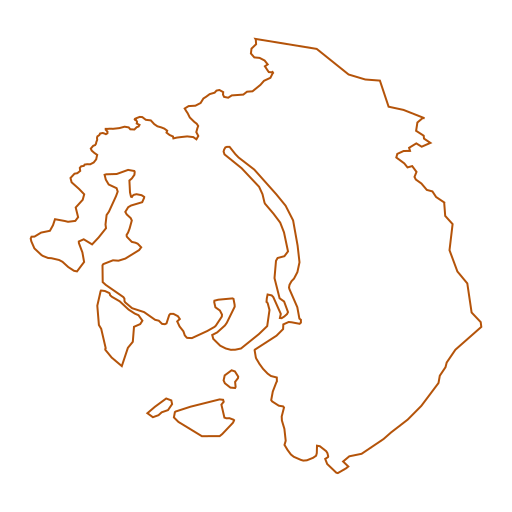 Ketchikan Gateway, United States of America (Robinson projection)
{"feature_id": "52423323B88813000222889", "entity_name": "Ketchikan Gateway", "entity_type": "district", "adm_level": 2, "iso_a3": "USA", "parent_name": "United States of America", "parent_adm1": "", "projection": "robinson", "projection_center": [-131.311, 55.562], "detail": "fine", "context": "isolated", "style": "outline", "palette": "amber", "viewbox_px": 512, "rotation_deg": 0, "n_neighbors": 0, "source": "geoboundaries", "source_scale": "gbopen_adm2", "svg_char_len": 5707}
<svg xmlns="http://www.w3.org/2000/svg" viewBox="0 0 512 512"><path d="M31.5,236.7L30.7,238.6L31.3,241.3L34.4,248.4L41.4,255.0L42.8,255.9L48.1,258.0L51.4,258.2L59.1,260.0L62.5,261.8L68.3,267.1L74.0,270.8L77.0,271.4L84.1,262.0L82.4,252.4L78.9,243.1L78.8,241.5L83.7,239.3L92.1,244.4L98.6,237.5L106.0,228.2L105.5,224.5L106.6,215.0L108.9,211.7L116.0,196.2L117.7,191.6L116.6,188.2L108.7,184.5L105.8,179.6L104.6,174.8L106.3,174.3L116.7,174.0L128.1,169.9L134.3,171.0L134.7,171.9L134.4,174.8L131.8,178.5L129.4,180.5L130.0,192.4L131.0,196.7L131.9,197.0L132.7,195.7L133.9,194.8L136.5,194.2L141.6,195.2L144.2,196.9L144.1,197.9L142.2,202.2L131.1,205.5L128.2,207.2L125.3,211.9L126.7,214.4L130.7,218.1L131.8,220.5L129.6,228.5L128.1,232.5L126.6,234.9L126.7,236.2L127.1,237.0L131.8,241.9L135.4,242.7L137.7,243.7L141.2,247.3L139.1,250.1L125.3,258.6L118.5,260.7L113.0,260.3L103.3,264.1L102.5,265.3L102.7,282.1L105.9,285.0L123.4,297.1L124.4,298.6L124.5,301.2L125.2,302.4L132.1,308.2L144.1,312.1L155.1,319.8L158.8,320.7L162.1,323.9L164.9,324.2L166.5,323.4L169.2,315.1L170.3,313.9L173.5,313.9L177.9,316.2L179.8,319.0L177.2,321.4L179.6,326.5L183.4,331.3L184.8,335.4L186.8,337.7L187.5,337.9L191.9,338.1L207.3,331.0L214.5,326.9L215.8,325.7L221.8,316.6L222.0,314.6L219.9,310.5L215.4,307.3L214.2,302.1L214.4,300.7L218.3,299.7L232.5,298.4L233.5,298.9L234.6,304.7L234.7,306.7L226.8,322.8L224.9,325.5L217.2,332.4L212.2,335.0L213.3,338.9L220.2,345.7L225.8,348.5L230.8,349.8L235.3,349.7L241.0,348.5L258.9,334.1L267.2,326.1L269.5,310.0L267.9,303.9L267.3,302.5L266.5,301.9L266.8,298.4L267.6,294.5L271.7,295.4L273.3,297.1L280.8,313.9L279.9,318.0L281.6,318.2L284.3,316.5L287.0,314.1L288.0,312.1L284.1,301.5L279.6,298.3L274.5,278.1L276.0,260.8L277.6,258.0L284.4,256.2L288.0,251.4L284.0,232.4L280.2,222.6L273.5,213.7L265.0,203.7L264.5,202.6L262.5,194.2L259.1,186.8L241.6,168.2L224.5,154.4L223.6,151.6L224.1,149.6L225.4,147.4L226.8,146.9L229.6,146.9L235.4,154.2L238.6,157.5L254.3,169.6L276.3,194.3L285.6,205.7L293.1,220.4L297.6,245.6L299.5,262.3L297.4,272.1L294.0,278.6L291.5,281.2L289.5,284.8L289.0,287.6L289.5,289.3L297.3,307.2L299.4,318.6L300.9,319.8L300.9,322.6L299.6,323.8L291.7,322.3L288.7,322.0L283.3,324.4L283.1,329.1L276.5,335.7L254.8,349.7L254.6,350.1L255.8,357.3L256.2,358.5L258.1,361.6L259.3,363.7L263.0,368.8L267.6,373.6L270.9,376.0L276.8,377.5L276.9,381.4L276.3,382.4L272.8,391.5L271.2,400.1L272.1,401.4L278.8,405.7L283.1,406.4L284.0,407.5L281.7,416.5L281.9,420.5L284.4,428.9L285.7,440.8L284.5,444.9L287.5,449.9L290.9,454.5L293.8,456.8L300.9,459.9L303.3,460.6L306.9,460.3L313.1,457.8L316.1,455.7L316.8,453.1L317.0,445.7L319.8,446.2L326.2,451.2L327.4,453.1L328.2,456.3L328.0,457.1L325.2,458.9L327.2,464.0L336.3,472.7L337.8,473.1L346.1,468.3L348.3,466.5L343.1,461.5L349.3,456.3L361.6,453.8L383.6,439.0L391.1,432.4L407.7,419.6L421.3,405.9L438.5,383.0L439.8,375.7L445.5,367.2L446.7,362.5L455.4,349.7L481.3,326.9L480.7,322.1L471.6,312.5L467.3,283.4L457.4,271.5L449.5,250.2L452.6,224.1L445.2,215.9L444.2,202.8L444.3,202.5L436.1,197.0L432.4,191.4L426.8,189.9L421.4,183.5L415.8,179.5L414.5,176.9L416.5,171.9L412.2,166.1L407.5,167.4L404.3,163.4L396.3,157.5L397.3,153.9L403.6,151.0L410.0,150.9L409.1,147.8L416.3,143.4L421.7,146.7L430.4,142.9L424.0,138.6L423.7,135.7L416.1,130.8L417.4,122.5L422.6,118.1L424.5,118.2L403.5,109.9L388.6,106.7L379.9,80.6L365.3,79.5L348.6,74.5L316.7,48.9L255.4,38.9L255.8,39.6L256.1,44.2L251.5,48.6L250.9,53.5L254.3,57.4L259.6,57.9L264.6,60.5L267.7,64.4L264.9,66.3L268.0,71.0L268.8,72.1L271.7,72.3L272.5,71.9L273.1,72.9L272.4,73.8L270.4,77.8L264.0,80.8L260.4,84.9L252.5,91.3L247.0,91.7L243.3,94.6L231.8,95.4L228.2,97.7L224.1,96.9L223.0,94.6L223.2,92.1L219.4,90.0L216.5,90.6L214.6,92.7L209.7,94.1L206.2,96.7L203.4,98.5L200.6,103.0L195.4,105.7L188.6,106.1L184.7,108.5L186.3,111.2L187.6,113.1L189.8,117.5L194.3,121.9L196.7,123.7L198.2,126.0L197.5,127.8L196.3,132.1L198.3,136.0L196.4,139.3L193.3,137.1L187.2,136.4L180.7,137.1L176.8,137.6L173.4,138.4L173.0,136.5L169.6,135.0L166.5,132.6L167.2,130.7L164.3,128.6L161.3,127.4L157.4,126.3L154.2,124.1L152.2,121.9L150.8,120.4L145.8,119.8L142.3,117.1L139.7,116.9L136.6,118.1L135.0,118.8L134.7,119.3L135.2,120.0L136.1,120.1L137.1,121.9L136.7,123.5L139.5,124.9L138.6,126.5L136.7,127.2L134.4,129.5L130.3,129.3L128.7,127.4L124.6,126.7L119.4,128.1L113.2,128.8L109.6,128.7L107.5,128.9L105.7,128.9L105.7,129.7L107.5,131.7L107.4,133.3L105.9,134.2L104.6,133.6L102.8,133.0L100.1,133.5L99.3,135.1L97.4,136.4L97.0,137.9L97.2,139.8L96.3,142.1L96.0,143.7L95.1,145.1L93.2,145.8L90.8,148.6L91.7,150.6L94.3,152.9L97.2,154.9L96.7,156.9L96.2,159.3L93.7,162.5L90.2,164.3L87.2,164.2L84.6,164.6L83.8,165.9L81.2,166.3L79.8,167.9L80.2,170.9L77.3,173.2L74.5,173.7L70.5,178.0L71.6,182.3L79.0,188.9L84.2,194.3L82.7,199.8L75.7,207.5L78.1,217.2L75.3,220.9L68.0,221.8L64.8,221.0L55.0,219.2L53.0,225.2L49.9,230.8L41.1,232.6L34.5,236.6L31.5,236.7ZM97.3,305.7L98.9,325.0L101.2,328.8L105.7,348.2L105.2,349.1L105.4,349.9L111.6,357.5L121.8,366.1L127.9,347.8L132.8,341.8L134.0,326.8L140.2,324.1L142.4,320.7L138.5,315.2L134.8,313.6L128.5,309.5L119.7,301.3L111.9,296.8L110.2,295.3L109.6,293.4L109.2,293.0L104.9,291.0L101.0,290.5L100.6,291.2L97.3,305.7ZM174.9,412.1L173.9,417.4L178.4,421.9L201.9,436.2L219.7,436.1L222.2,434.1L233.0,422.7L234.0,420.6L234.1,420.2L233.5,419.7L229.5,418.2L226.4,418.3L224.4,417.6L221.4,404.6L223.7,401.8L223.1,399.8L219.6,399.4L190.5,406.7L175.7,411.5L174.9,412.1ZM147.4,413.2L152.9,417.2L158.5,415.2L161.7,412.3L168.0,410.1L172.1,404.1L171.3,400.4L166.2,398.5L154.9,406.8L147.4,413.2ZM224.7,375.4L223.6,380.4L224.9,383.3L230.4,387.6L235.1,388.0L235.6,386.9L235.1,381.9L238.0,378.1L238.2,376.6L234.9,371.4L231.6,370.3L224.7,375.4Z" fill="none" stroke="#b45309" stroke-width="2"/></svg>